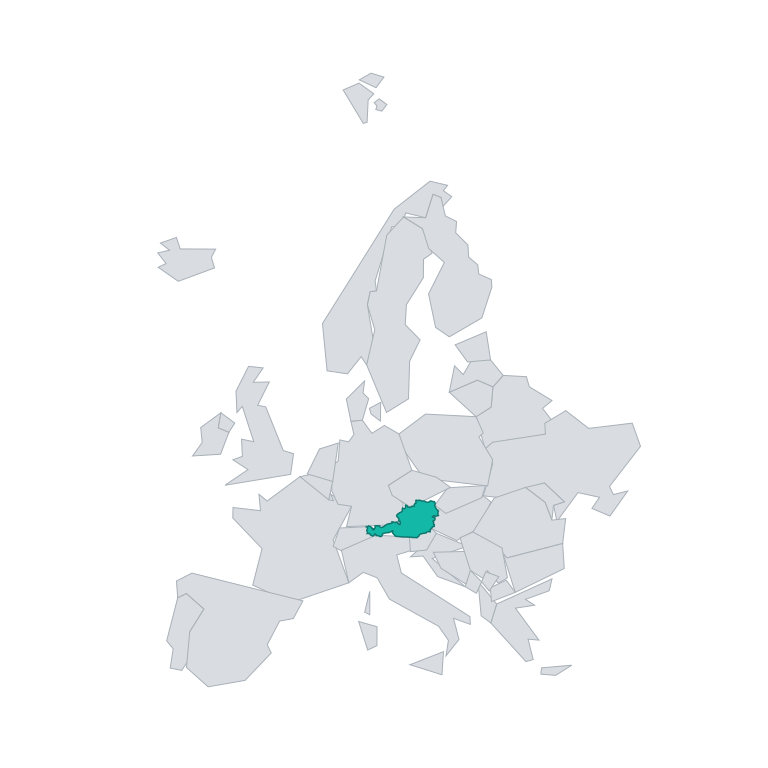 where Austria sits in Europe, rotated 353°
{"feature_id": "AUT", "entity_name": "Austria", "entity_type": "country or territory", "adm_level": 0, "iso_a3": "AUT", "parent_name": "Europe", "parent_adm1": "", "projection": "orthographic", "projection_center": [13.446, 47.7], "detail": "fine", "context": "in_parent", "style": "filled", "palette": "teal", "viewbox_px": 768, "rotation_deg": 353, "n_neighbors": 37, "source": "natural_earth", "source_scale": "50m", "svg_char_len": 10733}
<svg xmlns="http://www.w3.org/2000/svg" viewBox="0 0 768 768"><g transform="rotate(353 384 384)"><path d="M379.3,87.2L395.8,82.3L409.2,94.7L402.9,100.1L399.1,122.2L395.2,122.8L379.3,87.2ZM474.1,206.3L463.7,215.3L463.3,205.8L455.8,201.8L445.6,224.1L426.3,216.8L420.9,230.2L410.9,228.8L387.7,280.7L387.9,290.8L381.6,290.6L377.2,303.4L378.9,345.4L369.1,362.9L364.6,354.1L349.0,369.5L329.1,364.0L330.3,316.5L415.4,211.7L454.4,188.3L471.3,194.6L466.4,199.4L474.1,206.3ZM421.3,79.4L412.2,88.9L396.5,79.1L409.0,73.9L421.3,79.4ZM420.9,107.0L415.1,112.9L409.3,110.6L410.9,107.2L408.5,103.5L414.0,100.4L420.9,107.0Z" fill="#d9dde1" stroke="#a8b0b8" stroke-width="1"/><path d="M289.3,465.7L336.9,501.4L314.5,532.5L324.9,577.0L264.8,589.5L229.2,567.6L242.9,532.5L217.6,498.6L219.1,488.2L246.0,494.7L246.4,478.2L253.7,485.9L289.3,465.7ZM337.0,608.1L344.6,588.1L341.8,611.2L337.0,608.1Z" fill="#d9dde1" stroke="#a8b0b8" stroke-width="1"/><path d="M369.1,362.9L381.5,329.0L377.2,303.4L381.6,290.6L387.9,290.8L404.9,236.5L423.8,220.6L441.1,234.4L447.7,260.0L438.4,265.0L436.0,283.3L415.9,308.0L412.3,327.7L425.2,344.6L412.2,364.5L406.5,401.7L383.0,412.5L369.1,362.9Z" fill="#d9dde1" stroke="#a8b0b8" stroke-width="1"/><path d="M503.3,390.0L526.2,394.1L527.9,404.5L548.7,420.9L538.4,427.5L545.8,440.1L538.1,453.4L476.4,460.7L471.4,427.7L487.5,420.0L491.8,400.1L503.3,390.0Z" fill="#d9dde1" stroke="#a8b0b8" stroke-width="1"/><path d="M598.2,521.7L612.9,519.9L592.1,542.6L575.2,532.8L584.1,522.7L563.3,515.4L538.9,541.4L537.5,525.1L548.6,522.9L531.1,501.8L496.4,513.4L468.9,507.1L482.2,476.6L476.4,460.7L484.7,455.0L538.1,453.4L538.8,442.6L561.2,432.6L581.7,453.0L625.6,453.1L631.0,477.1L595.3,513.2L598.2,521.7Z" fill="#d9dde1" stroke="#a8b0b8" stroke-width="1"/><path d="M471.4,427.7L476.5,444.6L471.8,448.2L482.6,472.4L474.4,497.8L412.0,482.6L392.5,446.4L392.8,435.4L421.5,418.9L471.4,427.7Z" fill="#d9dde1" stroke="#a8b0b8" stroke-width="1"/><path d="M468.9,507.1L475.8,514.1L461.9,538.2L437.1,548.2L414.1,533.7L420.9,515.2L468.9,507.1Z" fill="#d9dde1" stroke="#a8b0b8" stroke-width="1"/><path d="M511.8,503.9L531.1,501.8L548.6,522.9L537.5,525.1L534.0,539.6L529.5,521.2L511.8,503.9Z" fill="#d9dde1" stroke="#a8b0b8" stroke-width="1"/><path d="M534.0,539.6L547.9,539.7L541.9,564.1L484.9,571.6L454.2,541.7L479.5,510.6L511.8,503.9L529.5,521.2L534.0,539.6Z" fill="#d9dde1" stroke="#a8b0b8" stroke-width="1"/><path d="M491.8,400.1L487.5,420.0L471.4,427.7L447.8,400.1L477.1,391.5L491.8,400.1Z" fill="#d9dde1" stroke="#a8b0b8" stroke-width="1"/><path d="M492.7,373.1L503.3,390.0L491.8,400.1L477.1,391.5L447.8,400.1L456.2,374.6L463.8,384.3L475.5,368.9L492.7,373.1Z" fill="#d9dde1" stroke="#a8b0b8" stroke-width="1"/><path d="M491.8,344.6L492.7,373.1L469.6,372.3L459.4,353.8L491.8,344.6Z" fill="#d9dde1" stroke="#a8b0b8" stroke-width="1"/><path d="M392.8,435.4L401.2,473.1L376.0,485.2L388.5,505.2L382.1,525.4L329.4,521.0L336.9,501.4L323.6,497.7L319.2,484.0L321.2,459.4L329.2,454.7L333.3,434.1L341.8,437.1L348.0,430.5L346.6,416.9L358.1,417.3L366.0,431.5L379.3,425.2L392.8,435.4Z" fill="#d9dde1" stroke="#a8b0b8" stroke-width="1"/><path d="M481.3,566.1L484.9,571.6L541.9,564.1L540.4,589.1L488.9,606.8L481.3,566.1Z" fill="#d9dde1" stroke="#a8b0b8" stroke-width="1"/><path d="M536.1,686.0L518.8,694.1L504.3,691.1L505.8,684.9L536.1,686.0ZM469.0,616.1L527.0,597.9L522.8,609.3L498.1,615.0L506.5,621.9L487.1,622.5L506.6,657.1L495.9,654.8L498.5,675.7L491.0,676.8L460.9,634.2L469.0,616.1Z" fill="#d9dde1" stroke="#a8b0b8" stroke-width="1"/><path d="M469.0,616.1L460.9,634.2L452.2,626.0L453.2,591.1L469.0,616.1Z" fill="#d9dde1" stroke="#a8b0b8" stroke-width="1"/><path d="M417.8,538.6L447.0,555.1L410.5,563.0L439.9,595.1L413.8,581.7L401.8,559.5L389.2,558.8L417.8,538.6Z" fill="#d9dde1" stroke="#a8b0b8" stroke-width="1"/><path d="M349.8,523.6L356.7,538.9L325.5,547.2L313.7,539.0L322.3,521.5L349.8,523.6Z" fill="#d9dde1" stroke="#a8b0b8" stroke-width="1"/><path d="M316.8,484.3L319.6,493.6L315.0,492.2L316.8,484.3Z" fill="#d9dde1" stroke="#a8b0b8" stroke-width="1"/><path d="M321.2,474.5L315.0,492.2L289.3,465.7L311.7,463.8L321.2,474.5Z" fill="#d9dde1" stroke="#a8b0b8" stroke-width="1"/><path d="M331.4,437.0L321.2,474.5L296.8,463.9L312.1,440.6L331.4,437.0Z" fill="#d9dde1" stroke="#a8b0b8" stroke-width="1"/><path d="M153.2,571.0L162.3,567.8L177.9,585.4L160.9,606.5L160.9,629.2L148.3,643.6L137.2,639.9L142.5,621.1L137.0,612.4L153.2,571.0Z" fill="#d9dde1" stroke="#a8b0b8" stroke-width="1"/><path d="M153.4,641.3L160.9,606.5L177.9,585.4L162.3,567.8L153.2,571.0L154.0,554.2L170.3,548.3L277.1,589.4L265.4,605.7L251.5,606.6L236.3,628.5L239.3,637.2L210.0,661.2L172.5,663.1L153.4,641.3Z" fill="#d9dde1" stroke="#a8b0b8" stroke-width="1"/><path d="M224.2,413.0L213.2,433.8L185.2,432.1L196.4,419.9L196.8,404.8L218.6,392.7L214.2,407.3L224.2,413.0Z" fill="#d9dde1" stroke="#a8b0b8" stroke-width="1"/><path d="M357.7,533.0L390.6,539.1L392.0,552.3L375.8,555.2L378.2,573.7L440.9,625.3L440.4,633.1L424.4,625.0L427.3,646.7L412.4,661.4L416.7,646.3L408.7,631.1L363.2,598.2L353.6,575.5L340.4,568.4L324.9,577.0L321.5,543.8L357.7,533.0ZM375.5,665.8L410.4,656.9L406.1,679.7L375.5,665.8ZM329.9,616.6L347.5,624.1L345.1,642.8L335.4,646.1L329.9,616.6Z" fill="#d9dde1" stroke="#a8b0b8" stroke-width="1"/><path d="M358.1,417.3L346.6,416.9L344.8,394.4L365.1,378.6L362.1,390.4L367.0,396.7L358.1,417.3ZM378.5,401.8L375.9,420.4L367.5,412.2L366.6,406.3L378.5,401.8Z" fill="#d9dde1" stroke="#a8b0b8" stroke-width="1"/><path d="M224.2,413.0L214.2,407.3L218.6,392.7L231.1,404.6L224.2,413.0ZM247.7,425.4L240.6,388.9L234.6,394.4L236.2,373.1L251.7,350.0L266.0,353.3L254.4,366.4L270.4,368.0L256.0,389.7L263.8,392.3L275.9,437.8L285.7,442.2L280.3,462.3L213.8,465.1L238.5,452.4L224.8,440.8L234.6,438.6L235.9,421.4L247.7,425.4Z" fill="#d9dde1" stroke="#a8b0b8" stroke-width="1"/><path d="M233.3,229.6L228.1,237.2L229.9,248.1L192.3,257.0L174.1,240.6L182.4,237.9L175.4,226.3L187.5,225.1L179.3,216.9L195.8,213.2L198.2,225.1L233.3,229.6Z" fill="#d9dde1" stroke="#a8b0b8" stroke-width="1"/><path d="M390.6,539.1L414.1,533.7L417.8,538.6L406.0,554.0L389.8,553.6L390.6,539.1Z" fill="#d9dde1" stroke="#a8b0b8" stroke-width="1"/><path d="M463.3,205.8L465.4,224.6L475.8,231.6L473.6,242.6L484.2,256.2L483.5,268.4L491.6,277.2L491.5,286.4L503.3,293.5L502.9,300.9L489.2,330.3L454.6,345.1L442.1,334.2L439.2,300.0L458.7,270.7L444.9,255.0L441.1,234.4L423.8,220.6L445.6,224.1L455.8,201.8L463.3,205.8Z" fill="#d9dde1" stroke="#a8b0b8" stroke-width="1"/><path d="M472.3,497.2L467.1,508.8L429.5,520.0L419.7,510.3L434.6,494.8L472.3,497.2Z" fill="#d9dde1" stroke="#a8b0b8" stroke-width="1"/><path d="M401.2,473.1L424.6,482.9L437.3,494.6L395.5,509.7L378.5,495.5L376.0,485.2L401.2,473.1Z" fill="#d9dde1" stroke="#a8b0b8" stroke-width="1"/><path d="M440.9,592.6L418.1,573.9L412.4,557.0L447.1,560.4L449.4,578.8L440.9,592.6Z" fill="#d9dde1" stroke="#a8b0b8" stroke-width="1"/><path d="M481.4,593.6L488.9,606.8L464.2,613.1L464.7,599.2L481.4,593.6Z" fill="#d9dde1" stroke="#a8b0b8" stroke-width="1"/><path d="M440.7,545.9L454.2,541.7L481.2,561.2L482.9,591.4L473.1,595.6L463.8,581.8L458.5,588.9L447.0,579.6L440.7,545.9Z" fill="#d9dde1" stroke="#a8b0b8" stroke-width="1"/><path d="M456.8,592.2L450.2,603.0L439.9,595.1L447.0,579.6L456.8,592.2Z" fill="#d9dde1" stroke="#a8b0b8" stroke-width="1"/><path d="M463.2,602.2L456.8,592.2L462.0,582.8L474.5,589.2L463.2,602.2Z" fill="#d9dde1" stroke="#a8b0b8" stroke-width="1"/><path d="M349.0,527.2L349.9,525.6L350.1,524.5L349.4,523.8L349.1,523.6L349.4,523.5L350.4,523.7L351.0,523.3L351.3,523.0L352.2,523.4L353.4,524.1L354.0,524.6L354.3,524.9L354.4,525.2L354.3,525.7L354.6,525.9L355.2,526.0L355.6,526.2L355.4,526.9L355.3,527.4L355.9,527.4L356.6,527.0L357.2,526.2L357.6,525.5L357.9,523.8L358.0,523.6L358.4,523.8L360.1,523.8L360.9,524.1L362.2,524.2L362.1,524.5L362.3,524.9L362.9,525.6L363.2,526.0L363.7,526.1L364.7,525.9L365.2,525.7L365.4,525.8L366.2,525.7L367.0,525.2L367.2,524.8L367.9,524.6L369.0,524.0L370.3,523.5L374.9,523.1L375.1,522.7L375.0,521.8L375.1,521.7L375.7,521.9L376.6,522.2L377.3,522.5L377.8,522.9L378.2,522.9L378.8,522.6L379.7,522.5L380.5,522.9L380.8,523.4L380.6,523.6L380.6,524.0L380.9,524.3L381.6,524.8L382.4,525.3L382.9,525.2L383.1,524.8L383.2,523.8L383.3,522.7L383.1,522.1L382.6,521.9L382.1,521.9L381.8,521.7L381.9,521.4L382.3,520.5L382.3,519.3L381.3,518.0L380.5,516.6L380.5,516.2L381.0,515.4L381.8,514.8L383.6,513.8L384.2,513.6L384.9,513.4L385.9,513.0L386.4,512.6L386.7,512.1L387.2,509.7L387.3,509.6L387.5,509.4L389.2,510.3L389.4,510.1L389.7,510.0L390.3,509.3L390.4,508.8L390.4,507.9L390.4,507.0L390.5,506.8L390.8,506.9L391.6,507.3L392.2,507.8L392.8,509.1L394.1,509.4L395.8,509.4L396.4,508.9L396.9,508.7L397.6,508.9L398.9,509.1L399.0,508.0L399.7,506.9L400.1,506.5L401.0,506.6L401.2,505.8L401.4,503.5L401.6,503.3L402.3,503.3L403.0,503.7L403.2,504.0L403.6,504.0L404.1,503.7L404.6,503.6L405.5,503.8L407.4,504.8L408.3,505.1L408.9,505.0L409.5,505.0L411.7,506.5L413.3,506.7L414.7,506.6L415.1,506.2L415.7,505.7L416.3,505.8L416.9,505.9L417.9,506.6L418.4,506.7L419.1,506.8L419.6,506.9L420.0,508.1L420.3,508.4L420.3,508.6L420.2,509.1L419.9,509.8L419.5,510.7L419.6,511.5L420.7,514.1L421.7,515.8L421.9,516.4L422.5,516.8L422.0,517.5L421.9,518.4L421.6,518.8L421.5,519.3L421.7,519.8L421.7,520.3L422.0,521.1L421.1,521.3L420.0,521.4L419.6,521.4L419.3,521.7L418.9,521.6L417.9,520.9L417.4,520.7L417.0,520.8L416.7,521.1L416.2,521.6L415.8,521.9L415.9,522.1L417.9,522.7L418.3,523.8L418.0,524.6L417.9,525.0L417.4,525.4L416.8,525.7L416.1,525.8L416.1,526.3L416.4,527.6L416.2,527.9L416.0,528.3L416.2,529.4L416.7,529.5L416.8,529.7L416.7,530.2L416.7,530.7L416.5,531.2L416.5,531.4L416.2,531.6L415.3,531.5L414.5,532.0L413.0,533.6L412.5,533.9L411.9,534.5L412.0,535.9L411.9,536.0L411.8,536.3L409.9,535.9L408.6,536.1L407.7,536.8L406.7,537.1L404.5,537.0L402.4,537.3L401.9,537.5L401.3,537.6L400.8,538.0L400.5,538.5L400.0,539.2L399.3,539.7L398.4,540.1L398.2,540.4L398.0,540.6L397.5,540.4L397.1,540.4L396.7,540.2L395.2,540.1L393.5,539.8L392.7,539.5L391.8,539.3L390.9,539.1L390.0,539.0L389.6,539.0L387.5,538.5L386.1,538.4L384.3,538.2L380.8,537.4L379.7,537.1L378.7,537.0L377.6,536.7L376.7,536.3L376.1,535.5L375.5,534.4L374.4,532.9L374.2,532.2L374.6,531.6L374.9,531.1L374.9,530.9L374.6,530.8L372.6,531.4L370.7,532.1L370.0,532.1L369.3,531.9L368.3,531.9L367.4,532.1L365.5,532.1L364.4,532.7L363.7,533.8L363.3,534.6L363.0,534.9L362.3,535.0L361.4,534.9L360.7,534.6L360.0,533.8L359.0,533.7L358.0,533.6L357.7,533.5L357.8,533.0L357.4,532.0L356.8,531.7L355.1,533.4L354.6,533.5L353.3,533.0L352.2,532.2L352.1,531.6L351.9,531.2L350.9,530.7L349.7,530.3L349.3,530.3L349.5,530.1L349.7,529.6L349.6,529.3L349.3,528.9L349.2,528.5L349.2,528.1L349.1,527.8L349.1,527.5L349.0,527.2Z" fill="#14b8a6" stroke="#0f766e" stroke-width="1.5"/></g></svg>